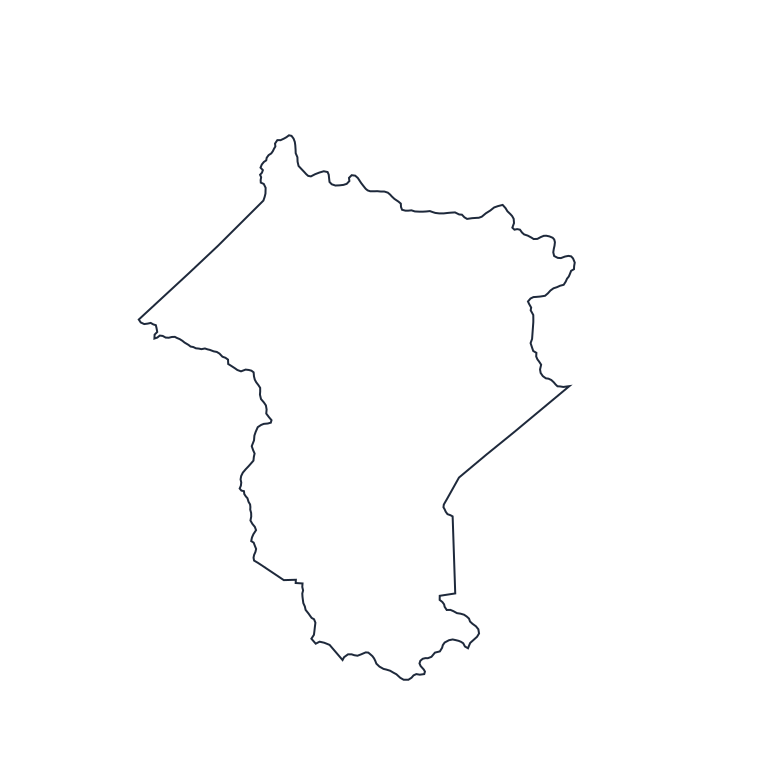 the district of Santana, Bahia, Brazil, rotated 228°
{"feature_id": "56859067B31339146866586", "entity_name": "Santana", "entity_type": "district", "adm_level": 2, "iso_a3": "BRA", "parent_name": "Brazil", "parent_adm1": "Bahia", "projection": "natural_earth1", "projection_center": [-43.941, -13.081], "detail": "fine", "context": "isolated", "style": "outline", "palette": "slate", "viewbox_px": 768, "rotation_deg": 228, "n_neighbors": 0, "source": "geoboundaries", "source_scale": "gbopen_adm2", "svg_char_len": 5110}
<svg xmlns="http://www.w3.org/2000/svg" viewBox="0 0 768 768"><g transform="rotate(228 384 384)"><path d="M138.6,290.0L142.4,290.2L146.6,289.3L149.9,289.0L152.8,290.2L155.8,289.9L159.0,289.1L162.1,287.2L164.9,284.9L168.7,283.6L171.7,282.2L174.1,279.4L177.9,280.0L180.0,281.2L182.9,281.5L186.3,280.9L189.3,283.7L180.7,296.8L237.4,344.5L239.7,346.4L242.0,345.6L244.8,344.1L247.8,344.4L250.2,345.2L252.6,345.7L254.4,347.8L255.4,350.8L256.4,353.9L264.3,377.1L263.0,413.1L261.2,448.0L258.4,520.3L261.8,515.3L264.4,513.2L266.2,511.4L268.8,511.2L271.7,511.3L275.0,511.0L277.9,509.8L279.9,508.1L283.6,507.3L287.4,507.8L290.4,509.7L293.2,513.7L297.1,514.3L299.6,514.5L302.6,515.5L305.2,518.1L308.7,517.0L312.0,518.4L316.3,520.3L318.4,524.2L330.1,536.4L332.3,538.4L335.4,541.1L337.9,541.7L340.6,542.3L342.3,544.5L346.4,545.4L349.0,546.2L349.5,550.1L348.6,553.2L346.8,555.5L344.4,558.7L341.8,562.7L341.7,566.4L342.1,570.2L341.7,574.0L340.2,577.4L339.2,580.6L337.5,583.9L338.5,587.6L339.8,590.5L340.2,593.2L341.3,595.6L342.9,598.8L342.2,602.0L344.4,604.2L346.6,607.0L350.8,608.5L353.6,608.5L355.8,606.8L357.6,603.8L359.2,599.7L361.5,597.5L365.3,596.1L368.6,597.9L370.8,600.6L372.7,603.3L375.0,605.9L377.5,607.2L379.8,607.2L383.0,605.7L385.6,603.8L387.2,601.9L388.3,598.8L389.2,595.1L391.6,592.2L394.2,591.5L398.1,590.1L401.4,588.2L404.2,587.9L407.7,588.3L410.0,586.6L411.4,584.2L414.3,584.0L416.6,588.3L420.0,590.9L423.1,591.6L425.5,591.6L429.8,591.3L433.4,592.0L437.7,592.0L439.9,587.8L441.5,584.0L441.8,579.1L442.7,573.9L442.9,568.6L444.1,565.7L445.8,563.6L448.3,560.4L451.1,556.2L454.1,555.3L457.7,555.2L459.7,553.3L464.0,551.6L466.7,548.2L468.5,545.8L470.7,542.7L473.7,539.3L476.8,536.6L479.0,535.3L481.8,533.8L483.9,530.9L485.9,528.4L488.7,525.3L491.6,522.4L494.7,520.6L496.6,518.0L498.5,515.9L501.4,514.0L504.2,515.1L506.8,517.2L509.8,516.8L514.6,515.6L518.2,515.3L520.6,515.3L523.6,514.9L526.7,513.1L529.5,510.1L531.4,508.4L533.8,505.7L536.5,502.7L538.8,501.4L541.3,501.0L544.7,501.2L548.7,501.5L551.3,501.9L554.6,502.4L558.1,502.0L560.8,499.7L560.6,495.9L558.0,494.1L557.7,490.2L559.1,487.1L561.3,484.0L564.0,480.7L567.4,478.8L570.6,478.7L573.4,480.7L576.6,483.0L579.3,483.9L582.4,481.6L584.4,477.4L586.0,473.2L587.2,468.6L589.4,466.9L592.1,466.6L594.8,466.6L598.4,466.5L603.2,466.4L607.0,468.5L610.5,471.4L614.6,472.8L617.2,475.0L620.9,477.9L623.6,479.7L626.9,481.0L630.3,481.3L632.4,479.8L632.7,476.6L633.3,473.9L634.4,470.3L636.6,467.9L635.6,463.9L633.2,462.2L632.4,459.6L631.4,457.2L630.8,454.5L631.3,451.4L630.6,448.2L629.0,446.1L629.4,443.3L628.9,440.1L627.4,437.0L624.0,437.1L622.7,434.7L622.4,431.9L619.9,431.1L618.1,428.8L616.1,427.2L613.1,428.5L609.0,427.3L606.8,425.2L604.8,423.3L602.9,420.5L601.0,417.1L597.8,353.2L597.0,317.4L596.9,313.5L596.0,244.9L592.5,244.4L589.0,245.9L587.0,248.8L585.5,251.5L582.7,252.4L580.4,253.8L577.8,252.4L574.4,250.3L574.2,246.6L571.4,243.8L570.2,246.6L570.0,249.8L567.8,251.7L564.6,252.8L562.4,255.0L560.9,257.8L559.0,260.1L556.8,260.9L554.1,262.2L550.9,263.1L548.3,263.5L543.8,264.9L541.3,265.3L539.1,267.0L536.4,268.1L534.1,270.2L532.1,271.6L530.2,274.7L527.9,276.0L525.9,277.4L522.2,279.3L519.7,281.2L516.7,282.1L512.4,282.2L509.6,283.7L506.5,284.4L503.1,281.6L500.4,282.4L495.6,283.7L492.5,284.4L489.1,286.2L487.3,290.8L484.9,292.9L482.6,294.4L479.9,294.9L476.7,292.5L473.7,290.9L470.8,290.2L467.1,289.9L464.0,289.4L461.2,286.9L459.1,284.7L455.1,282.5L450.7,282.4L447.1,281.9L443.6,279.7L440.8,276.7L436.2,276.3L432.4,276.2L431.0,274.0L432.4,271.2L434.8,268.0L435.8,265.3L436.4,261.3L434.3,256.6L432.4,253.2L429.1,249.7L426.3,244.1L422.5,242.5L418.9,241.3L417.0,238.6L414.4,235.7L413.9,231.7L413.5,228.2L413.2,224.2L412.6,219.8L411.2,216.3L409.1,213.6L406.3,212.0L404.2,209.6L402.9,206.8L400.2,206.7L398.1,208.2L395.6,206.5L392.8,206.1L390.5,206.1L387.1,204.5L384.1,203.9L382.0,202.4L380.1,200.5L377.1,199.0L374.3,196.6L371.9,193.4L368.2,192.6L364.2,192.4L361.0,191.1L359.8,186.5L358.3,183.2L356.1,180.2L353.3,181.0L350.0,179.7L347.0,178.6L345.3,176.2L343.9,173.1L342.2,170.8L339.7,169.3L335.6,170.6L332.2,171.5L307.7,177.7L305.3,178.3L297.5,187.5L295.2,185.2L290.3,190.0L287.9,187.5L284.7,185.7L283.0,183.1L280.5,181.1L277.9,179.3L275.1,177.4L271.6,176.3L268.6,174.6L263.8,174.3L261.4,174.0L258.6,173.7L256.0,174.6L252.5,173.3L249.3,169.6L246.9,166.9L244.5,164.1L243.3,159.6L236.7,159.5L235.6,163.7L231.8,166.4L229.0,167.8L226.5,169.0L206.6,168.5L207.7,171.5L207.2,176.3L204.7,179.1L202.4,180.4L199.8,182.5L198.4,186.1L196.8,190.8L194.9,192.6L192.1,193.0L189.5,193.3L186.7,193.0L183.9,192.2L181.3,191.2L177.1,191.5L172.6,193.0L170.3,194.6L166.8,196.7L163.3,197.8L160.0,199.0L154.8,199.5L151.1,200.7L147.9,204.2L147.3,207.9L147.7,211.0L146.8,213.9L144.0,216.1L141.5,219.8L142.9,222.0L145.2,222.5L149.9,222.5L152.6,223.4L154.0,225.8L153.9,228.9L152.6,231.3L150.9,233.1L149.5,236.7L150.3,242.1L147.9,246.6L149.1,250.7L150.6,253.0L151.3,256.1L150.1,260.9L148.2,264.1L145.7,265.9L143.2,267.6L140.9,268.7L138.3,269.4L134.8,268.5L131.4,269.6L132.6,272.0L133.9,274.8L133.9,279.0L133.9,284.0L135.0,287.7L138.6,290.0Z" fill="none" stroke="#1e293b" stroke-width="2"/></g></svg>